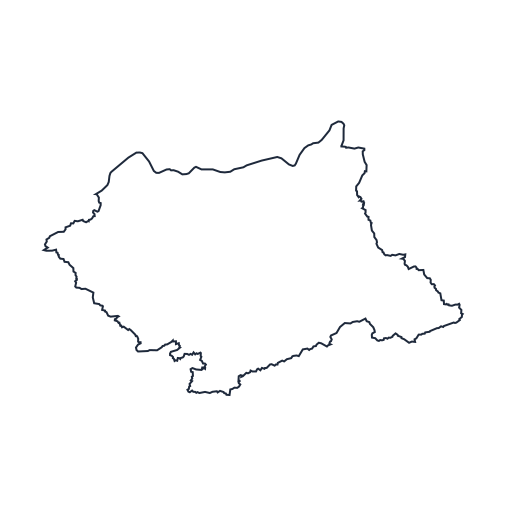 Thayarwady, Bago, Myanmar (orthographic projection), rotated 96°
{"feature_id": "60261553B84336516867138", "entity_name": "Thayarwady", "entity_type": "district", "adm_level": 2, "iso_a3": "MMR", "parent_name": "Myanmar", "parent_adm1": "Bago", "projection": "orthographic", "projection_center": [95.818, 18.129], "detail": "fine", "context": "isolated", "style": "outline", "palette": "slate", "viewbox_px": 512, "rotation_deg": 96, "n_neighbors": 0, "source": "geoboundaries", "source_scale": "gbopen_adm2", "svg_char_len": 6088}
<svg xmlns="http://www.w3.org/2000/svg" viewBox="0 0 512 512"><g transform="rotate(96 256 256)"><path d="M257.9,463.1L259.5,463.5L261.5,466.1L263.5,465.6L266.5,467.1L268.2,466.4L269.4,464.0L272.3,467.6L272.7,465.0L272.0,459.3L270.6,455.5L273.3,454.9L273.5,453.7L275.5,453.0L275.6,452.3L277.3,452.1L279.1,450.4L279.1,447.1L281.8,445.8L281.8,442.0L284.2,440.5L287.1,436.4L290.5,435.9L291.7,433.6L293.9,433.5L295.3,432.3L297.4,432.4L297.6,431.7L298.6,431.7L300.0,433.2L301.4,432.1L305.2,432.6L306.2,431.4L306.1,428.2L307.1,426.1L306.4,422.2L309.4,413.9L314.2,414.0L319.9,412.0L320.2,406.9L321.4,405.7L321.5,403.5L322.0,403.0L325.7,403.4L326.1,400.4L327.0,400.3L327.5,398.8L330.8,396.8L331.5,394.2L330.0,387.1L330.4,386.3L331.4,387.8L332.9,388.3L333.6,389.7L334.8,389.7L335.4,386.9L336.9,385.7L336.6,384.9L339.6,383.6L339.3,382.7L340.9,381.8L340.1,380.2L343.0,375.4L341.9,374.4L342.8,372.8L346.7,368.0L348.2,367.2L347.9,366.4L348.5,365.7L350.6,364.5L353.5,364.3L354.0,363.6L353.8,361.8L354.9,361.6L356.5,364.1L359.6,365.8L362.0,365.0L363.3,363.3L361.8,353.6L360.7,351.9L360.1,344.5L356.6,340.2L355.3,339.5L354.8,337.8L353.6,337.1L353.2,335.1L350.4,331.3L348.7,329.9L349.7,329.7L349.2,326.7L352.0,326.4L350.8,323.7L352.6,323.3L353.3,322.4L354.8,322.7L355.0,322.0L357.7,324.6L360.2,330.6L362.0,331.3L363.6,331.1L364.0,329.4L365.1,328.0L366.3,328.0L366.7,327.0L368.9,326.0L368.1,325.0L368.4,323.4L365.6,323.1L365.6,321.7L366.3,320.6L365.4,320.4L364.5,318.2L363.5,317.4L360.8,316.8L360.6,314.2L361.3,312.3L360.2,310.8L360.9,309.2L358.4,308.0L360.2,306.2L359.0,305.0L359.5,303.7L357.9,301.2L358.3,300.7L361.1,300.6L361.9,299.8L365.2,300.7L366.0,298.9L368.5,297.4L368.3,295.6L369.2,294.5L371.5,295.6L372.2,294.9L373.5,294.9L372.5,296.6L372.5,297.8L373.2,297.9L373.5,296.8L375.0,298.3L375.1,303.7L374.1,307.5L375.4,309.2L377.9,308.4L378.1,306.8L381.9,306.2L382.8,307.2L384.5,306.6L386.6,307.8L387.1,306.5L390.2,308.7L392.2,307.9L392.8,308.8L395.2,308.9L396.2,310.2L398.0,309.0L398.4,307.6L396.5,305.5L397.6,304.2L397.5,302.2L398.3,301.1L397.5,300.0L398.2,298.0L396.5,292.5L397.1,287.6L395.6,285.1L394.6,280.8L395.7,279.9L393.9,277.7L394.7,274.0L395.7,273.3L395.9,271.6L397.1,270.9L397.0,267.8L391.4,267.6L390.7,265.6L389.2,263.7L389.1,260.9L387.6,259.2L385.4,258.2L384.3,259.8L382.9,260.3L382.3,259.2L381.7,259.3L381.5,260.4L377.4,260.6L376.1,258.9L376.3,257.5L377.6,257.8L376.9,256.5L373.2,253.4L373.5,251.7L372.2,249.7L370.5,249.4L371.2,247.5L370.8,243.9L368.6,243.1L367.8,242.1L369.2,239.7L366.7,238.4L367.3,235.8L366.5,235.5L366.2,233.7L362.4,230.7L362.0,229.2L363.1,226.0L361.8,224.9L361.7,223.3L360.0,223.1L357.3,219.0L357.9,217.0L355.4,214.5L353.9,210.3L351.9,209.3L351.4,208.2L350.7,205.2L351.1,203.0L344.0,199.7L342.7,195.2L343.9,193.3L343.0,192.5L342.2,190.5L339.9,189.4L339.3,187.0L337.8,186.5L335.7,184.5L336.0,182.0L338.6,176.0L337.4,175.1L336.1,172.6L335.7,173.9L334.3,173.7L333.3,173.3L332.9,172.5L331.0,172.0L328.7,173.6L327.2,173.1L324.2,167.9L317.8,165.0L313.4,160.7L313.2,155.0L311.5,152.9L310.3,148.6L310.6,146.4L306.8,140.6L309.3,139.1L309.9,136.4L311.6,135.6L314.6,131.9L317.4,130.4L319.2,129.9L320.8,132.2L322.3,132.6L325.0,132.1L325.3,128.8L327.3,126.5L327.6,124.9L326.6,123.7L326.7,121.9L326.1,120.3L324.5,120.1L324.0,118.2L324.5,116.6L323.3,115.5L323.3,113.9L322.1,111.9L321.1,111.7L318.4,109.1L319.6,106.9L320.5,106.6L321.4,102.9L322.5,102.7L323.3,99.9L326.3,94.7L324.8,92.0L324.8,88.8L322.3,89.6L321.1,87.9L317.2,86.0L316.9,83.4L316.0,82.5L315.6,80.1L314.3,79.7L313.2,75.4L312.5,75.1L308.8,68.4L308.6,66.8L306.6,64.6L307.0,62.4L306.0,61.8L301.5,52.4L301.8,51.1L301.3,49.8L298.4,46.6L297.5,47.2L295.1,44.9L293.0,45.0L292.1,44.4L291.5,46.0L288.2,46.1L286.1,48.6L283.3,48.4L282.3,49.0L283.3,50.5L283.5,52.7L285.0,55.9L284.9,58.9L284.0,59.4L284.4,60.4L283.7,61.3L284.3,62.0L284.2,64.0L280.7,64.6L280.6,66.9L273.9,68.8L273.3,70.8L272.3,71.4L271.2,73.3L269.9,73.6L268.9,75.1L267.7,75.4L266.6,74.9L265.4,76.2L265.7,78.2L264.9,79.0L264.1,79.6L261.5,79.7L260.0,80.8L260.1,83.4L256.8,86.8L252.4,88.1L253.1,92.7L252.0,93.9L252.1,94.9L250.7,95.2L249.7,96.3L249.9,97.8L253.0,102.8L250.8,103.9L249.5,105.5L249.3,106.7L248.3,107.4L245.3,107.4L243.5,109.1L243.4,110.7L241.5,107.7L238.8,107.7L239.4,109.7L239.0,113.7L240.8,117.3L240.6,120.7L241.8,122.1L241.4,125.8L241.8,127.1L240.9,128.6L239.1,129.6L239.0,130.5L236.9,131.2L234.8,135.4L231.2,137.5L229.7,137.1L227.5,137.8L224.8,140.3L221.2,140.8L218.6,143.4L213.1,144.9L211.2,144.5L211.1,145.2L208.8,146.0L208.2,147.9L205.3,148.2L205.2,149.4L202.4,152.0L201.4,151.6L198.9,151.8L197.4,155.4L196.8,154.7L195.0,154.7L194.4,154.2L192.7,154.1L193.0,154.8L191.1,154.4L190.3,154.8L190.9,156.8L189.8,157.6L190.0,158.5L188.1,157.1L186.5,158.3L186.0,159.7L186.7,160.1L184.8,161.8L181.1,162.3L180.5,163.3L176.3,163.6L172.5,161.1L164.7,158.7L162.3,156.7L160.3,156.6L160.3,155.1L154.0,155.5L151.0,157.8L143.8,160.4L140.8,160.8L139.3,159.3L137.9,159.5L137.4,165.6L138.9,169.3L138.4,175.4L138.9,177.7L138.1,178.1L138.0,179.6L138.2,183.4L137.9,182.6L131.8,181.0L119.9,182.2L116.8,181.9L115.3,182.8L113.7,185.0L113.6,188.3L117.7,194.5L123.4,196.1L133.7,202.8L136.7,205.8L137.9,211.0L139.3,212.7L140.5,215.6L143.6,219.1L150.8,223.2L160.0,226.0L161.9,227.0L162.6,228.9L161.5,232.8L156.2,240.9L155.3,245.2L160.5,260.3L166.8,274.7L169.1,277.8L172.0,286.7L174.9,290.4L176.1,295.8L176.2,300.3L174.4,308.0L175.6,319.2L173.6,325.0L174.6,326.6L180.8,331.5L181.8,333.8L182.5,337.8L180.3,342.3L179.3,346.9L179.7,349.4L178.7,350.9L179.3,354.0L183.5,361.2L183.7,363.9L182.1,366.5L173.2,372.2L165.6,379.7L165.2,382.3L165.7,385.8L171.5,393.2L187.4,408.6L188.7,409.5L191.7,410.1L197.8,410.2L201.0,411.2L207.1,416.3L211.2,421.7L211.2,420.9L214.3,418.4L217.8,418.2L219.3,417.5L219.6,416.0L221.7,415.8L227.8,417.3L228.5,418.4L227.3,421.6L228.2,422.6L229.8,422.6L231.2,421.0L233.2,420.6L233.4,421.9L235.8,423.0L237.1,424.4L237.5,425.9L238.9,426.0L238.7,426.5L240.2,428.5L239.3,431.5L238.1,432.2L240.1,436.8L240.0,440.0L242.7,441.1L242.8,443.4L245.3,444.0L247.4,448.4L249.4,448.2L252.0,449.7L252.8,455.3L257.9,463.1Z" fill="none" stroke="#1e293b" stroke-width="2"/></g></svg>